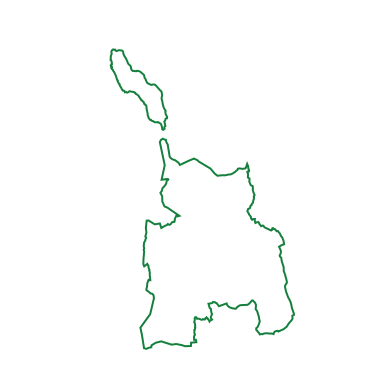 Tenancingo, México, Mexico, rotated 168°
{"feature_id": "50627088B61116384552584", "entity_name": "Tenancingo", "entity_type": "district", "adm_level": 2, "iso_a3": "MEX", "parent_name": "Mexico", "parent_adm1": "México", "projection": "equal_earth", "projection_center": [-99.568, 18.93], "detail": "fine", "context": "isolated", "style": "outline", "palette": "green", "viewbox_px": 384, "rotation_deg": 168, "n_neighbors": 0, "source": "geoboundaries", "source_scale": "gbopen_adm2", "svg_char_len": 5999}
<svg xmlns="http://www.w3.org/2000/svg" viewBox="0 0 384 384"><g transform="rotate(168 192 192)"><path d="M201.8,61.7L201.0,62.4L198.9,63.0L199.7,64.5L199.6,65.6L198.9,66.9L197.7,68.5L198.0,69.2L198.1,70.8L197.8,73.7L198.8,74.9L199.1,79.3L195.6,79.1L194.3,79.7L194.3,79.9L192.5,79.5L192.1,78.8L191.1,78.3L189.4,74.7L181.3,75.8L181.0,73.8L179.4,71.5L176.1,69.6L173.5,68.7L171.4,70.2L169.1,71.1L168.0,71.2L161.0,70.1L159.0,71.1L155.7,73.5L154.9,73.1L153.3,70.4L152.9,68.2L154.1,64.0L153.1,62.3L152.5,55.8L152.7,53.9L152.6,52.2L152.7,51.2L153.6,49.6L155.4,46.8L156.5,45.9L157.5,45.4L157.8,43.8L157.4,42.9L157.1,42.7L156.2,40.7L155.8,40.4L155.3,38.6L153.6,38.6L152.3,38.2L151.7,38.5L150.4,38.6L148.1,38.3L146.4,37.6L143.4,37.0L141.8,36.1L141.6,36.7L140.5,37.9L139.5,38.4L137.0,38.4L136.6,38.2L136.4,37.6L132.0,38.6L131.3,38.6L127.3,40.6L125.0,43.0L120.5,46.5L120.0,47.3L119.6,50.1L117.9,50.6L117.6,51.7L118.4,58.0L118.3,60.4L118.5,64.2L119.0,65.9L119.1,66.9L119.6,68.1L119.9,69.3L120.7,75.2L120.8,78.9L120.5,80.8L120.0,81.6L118.1,83.4L117.8,85.6L118.2,92.4L118.7,95.8L118.0,99.1L118.0,100.2L118.6,105.4L118.4,109.2L119.3,110.5L119.5,111.5L118.2,113.2L117.5,114.9L117.3,116.1L118.2,120.4L115.0,121.5L112.8,121.7L112.6,125.4L113.2,128.7L114.2,130.7L114.6,132.9L116.2,136.0L117.3,136.0L118.5,138.3L119.2,138.5L120.0,139.5L120.3,139.5L120.7,140.6L120.9,139.1L121.4,138.4L122.1,138.1L122.2,138.4L122.7,138.0L128.0,142.0L128.7,142.9L129.1,144.0L129.7,144.5L131.5,144.2L132.8,146.9L132.8,147.8L133.4,148.8L134.8,148.9L136.4,148.5L136.6,149.8L136.5,151.6L136.1,152.5L138.5,152.9L138.8,152.4L139.3,152.6L139.7,154.5L139.6,155.6L140.9,158.3L140.9,159.3L141.4,160.1L141.7,161.2L141.7,162.2L141.0,162.9L140.6,163.8L138.9,164.1L138.4,164.5L137.9,165.9L137.5,166.5L136.5,166.7L136.3,167.4L135.5,168.3L134.6,168.8L133.9,170.8L132.9,172.4L132.7,173.4L132.4,173.9L132.5,175.0L131.4,176.0L132.0,179.0L132.1,181.9L131.6,183.2L131.4,184.9L131.5,185.4L132.5,185.9L133.2,186.7L133.8,190.5L133.1,192.1L133.0,193.3L133.8,193.8L134.3,194.8L133.4,197.9L133.8,199.8L133.7,200.3L133.3,200.5L132.5,200.1L132.1,200.2L131.7,200.8L131.7,201.8L132.0,203.4L131.7,205.2L132.2,208.0L134.1,204.7L134.3,204.7L134.8,204.0L137.7,204.1L140.6,205.2L142.3,205.2L142.8,204.3L145.5,202.8L148.1,201.7L150.5,201.2L153.0,201.5L156.0,201.4L158.9,202.1L163.7,202.6L166.0,205.3L169.0,211.0L179.4,220.7L179.7,221.5L180.8,222.6L182.3,223.5L183.0,224.3L188.8,223.2L198.2,221.0L199.2,223.6L201.9,226.6L204.7,228.3L206.3,230.5L206.5,231.0L205.9,243.6L206.7,246.0L206.7,248.5L207.4,248.6L209.5,250.2L211.6,249.4L213.1,247.4L213.1,223.9L219.2,210.3L213.6,209.9L212.7,209.6L212.6,209.2L212.9,208.8L213.9,208.8L214.3,208.3L215.5,205.6L217.3,203.8L220.1,201.8L221.4,199.2L223.1,197.7L222.0,194.1L223.0,189.0L221.9,183.6L219.6,182.1L209.3,171.3L210.5,171.2L210.7,171.5L211.2,171.3L211.6,171.6L211.8,172.3L212.1,172.3L214.4,169.2L214.8,167.7L215.5,166.4L216.0,166.4L216.3,166.7L216.8,166.8L218.0,166.4L219.5,165.0L220.3,164.7L221.0,164.6L222.3,165.7L223.7,164.8L225.2,164.6L229.5,163.2L230.0,167.9L235.1,168.1L240.5,173.2L242.3,173.4L244.6,166.5L245.0,161.9L246.9,158.1L246.3,156.9L247.3,155.5L247.8,154.3L249.4,152.4L250.5,149.0L250.5,146.5L251.2,145.8L251.2,143.6L253.6,135.8L254.6,131.3L254.2,129.2L250.7,131.0L250.4,129.5L250.0,129.2L250.2,126.6L249.8,124.9L250.2,124.3L250.0,124.1L250.1,121.7L250.7,119.1L250.7,117.7L251.1,114.6L251.6,114.9L252.2,114.6L252.5,114.9L252.7,114.6L252.9,114.8L253.4,114.1L254.7,112.0L255.7,108.6L256.6,107.1L257.0,105.6L254.1,102.2L253.8,101.5L252.0,100.7L251.1,99.1L251.3,96.0L258.3,81.2L270.7,70.0L270.7,62.0L271.4,49.2L269.3,48.1L266.5,48.6L264.1,48.6L263.5,50.4L262.5,50.8L258.6,52.1L253.2,52.3L243.6,46.9L239.1,46.6L233.9,44.4L230.8,42.6L225.1,41.6L224.2,44.8L219.0,44.2L218.9,46.0L219.0,46.7L220.6,46.9L220.4,48.9L220.0,50.4L218.8,51.7L219.0,53.7L218.3,56.7L217.9,56.7L217.0,58.7L217.2,58.9L216.5,61.3L216.6,63.9L216.9,64.3L215.9,66.2L215.7,67.7L215.2,68.6L214.9,68.5L214.3,68.8L213.7,68.2L213.5,67.0L211.6,66.6L209.0,64.9L208.0,65.3L207.8,65.1L207.2,65.2L206.2,64.6L205.5,65.0L204.9,65.9L204.1,66.1L203.8,65.9L203.7,66.1L202.9,64.9L203.1,64.7L202.1,63.3L201.8,61.7ZM207.3,258.8L205.7,259.5L205.7,260.8L205.4,261.4L204.2,262.2L204.4,263.7L204.3,265.1L204.5,266.5L203.2,267.8L202.7,269.0L201.6,269.5L201.1,269.4L200.7,270.5L201.5,273.5L201.5,275.0L201.4,276.1L200.9,276.8L202.0,279.9L202.2,281.3L202.3,284.4L202.2,288.2L202.4,288.7L202.2,290.3L201.0,293.1L201.0,296.8L201.9,297.9L205.6,304.4L206.7,305.0L207.7,305.3L209.6,305.2L212.9,307.7L213.4,308.9L213.9,311.1L213.9,312.1L214.6,313.4L214.6,316.4L217.5,320.3L218.9,321.3L220.0,321.8L221.0,322.0L221.6,321.7L223.8,322.6L224.5,322.6L225.1,323.1L225.7,324.0L225.9,325.1L225.8,327.1L226.0,328.2L227.6,330.5L228.1,332.3L228.1,333.3L228.6,335.0L228.6,335.6L230.0,339.5L230.4,341.7L230.2,343.4L230.6,344.5L231.3,345.0L233.8,345.9L236.7,345.6L237.3,346.2L237.7,347.3L238.7,347.3L239.5,347.9L240.7,347.3L241.4,346.6L241.7,345.8L241.9,343.7L243.0,342.1L243.5,340.7L243.8,338.9L244.2,338.2L244.2,337.8L243.7,337.6L243.5,336.3L243.5,335.4L243.9,334.3L243.6,333.8L243.9,333.3L245.1,332.9L245.2,332.2L244.7,331.4L244.3,331.1L244.3,330.7L244.4,330.4L245.1,330.3L245.1,329.8L244.9,329.1L244.1,328.3L243.9,327.0L243.2,325.4L242.8,323.8L242.2,320.9L242.0,317.3L241.6,317.0L241.4,316.5L241.7,315.4L241.2,314.3L241.0,313.0L240.4,312.5L240.5,311.0L239.6,308.9L239.1,306.5L238.6,305.6L237.9,305.6L237.0,304.6L236.9,303.5L235.6,303.5L234.8,302.7L233.4,302.9L232.3,303.6L227.8,301.7L227.2,300.7L226.8,300.7L226.6,299.7L225.2,298.5L224.4,297.4L224.0,296.4L223.8,296.2L223.8,295.5L222.7,293.4L222.5,292.2L221.8,291.9L221.1,290.5L220.6,290.1L220.5,289.0L220.3,287.9L219.7,287.6L219.6,287.0L219.3,286.9L218.7,285.5L219.1,283.3L219.1,278.1L219.3,277.0L219.3,275.4L218.9,274.4L219.1,273.9L219.0,273.2L217.8,271.1L217.1,271.1L216.8,270.4L216.1,269.6L215.4,269.5L214.1,268.1L211.4,267.3L210.8,267.5L208.4,265.3L207.9,263.1L208.0,259.4L207.3,258.8Z" fill="none" stroke="#15803d" stroke-width="2"/></g></svg>